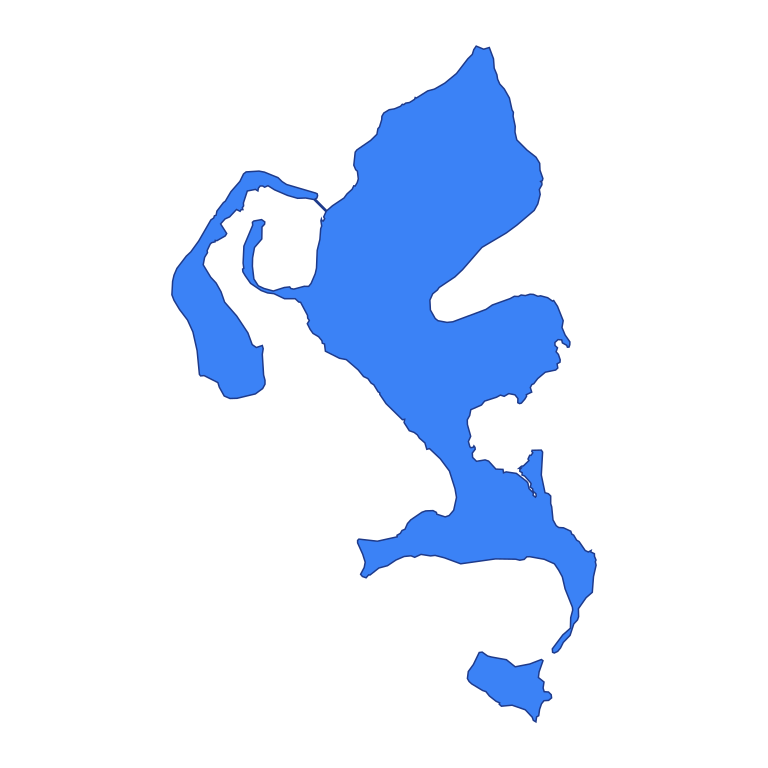 the district of Pangaimotu, Vava'u, Tonga
{"feature_id": "48082658B58897341989636", "entity_name": "Pangaimotu", "entity_type": "district", "adm_level": 2, "iso_a3": "TON", "parent_name": "Tonga", "parent_adm1": "Vava'u", "projection": "albers", "projection_center": [-174.001, -18.686], "detail": "fine", "context": "isolated", "style": "filled", "palette": "blue", "viewbox_px": 768, "rotation_deg": 0, "n_neighbors": 0, "source": "geoboundaries", "source_scale": "gbopen_adm2", "svg_char_len": 6113}
<svg xmlns="http://www.w3.org/2000/svg" viewBox="0 0 768 768"><path d="M252.2,344.6L247.9,332.9L236.7,316.0L224.6,302.1L221.0,291.7L216.1,283.0L210.7,277.2L203.2,264.8L204.6,257.4L207.5,252.6L207.1,250.7L210.2,244.1L211.6,242.7L215.1,241.8L215.2,240.4L216.9,240.7L225.3,235.9L226.7,233.5L220.6,223.9L225.1,218.9L229.6,216.9L236.5,209.5L240.1,211.3L241.1,209.7L242.9,209.6L242.3,207.8L243.6,205.9L243.4,203.0L247.3,191.0L255.4,189.4L257.9,190.9L258.4,188.1L260.2,186.0L262.7,186.0L264.6,187.2L268.0,185.7L274.5,189.8L287.5,195.4L297.6,198.3L305.6,198.0L313.8,199.5L326.0,211.7L323.7,216.9L324.7,218.7L323.3,221.0L322.0,220.8L321.4,219.0L320.9,220.8L321.7,226.0L320.7,228.7L319.9,239.4L317.2,250.4L316.5,268.1L315.2,273.8L311.1,283.4L308.6,286.4L304.2,286.3L293.8,289.1L290.8,288.5L289.7,286.9L284.3,287.5L273.3,291.0L264.1,288.5L258.3,285.8L253.9,279.0L252.4,266.3L252.6,257.8L254.5,247.5L261.8,239.0L262.0,227.0L264.6,224.2L264.8,221.9L261.6,219.6L253.8,221.0L252.4,222.3L252.7,225.2L243.9,246.1L243.1,263.1L243.8,268.3L242.6,269.1L242.9,271.8L245.2,275.7L250.6,283.4L261.1,290.5L267.5,292.9L274.0,293.7L284.5,298.7L295.2,298.7L298.7,302.0L300.6,302.3L307.5,315.3L307.7,318.1L309.3,320.5L307.3,323.7L310.1,329.3L313.0,333.4L318.6,336.7L321.9,340.7L322.3,343.2L324.5,344.0L325.4,351.2L339.5,358.3L346.3,359.6L358.2,369.9L363.5,376.5L367.9,378.6L371.1,383.1L373.8,384.8L378.1,391.8L379.8,392.9L379.8,394.4L386.0,403.6L402.4,419.7L404.7,419.3L404.1,422.6L409.3,430.7L414.1,432.4L417.4,434.9L419.4,438.1L424.9,442.9L426.8,449.3L429.5,448.6L440.3,458.8L449.4,471.0L455.0,488.7L456.5,497.4L453.7,510.2L449.2,515.5L445.2,516.9L436.8,514.2L436.4,512.4L433.0,510.6L425.7,510.9L422.0,512.2L410.8,519.8L407.5,523.5L405.0,529.2L402.0,530.5L400.3,533.4L397.0,535.3L397.2,536.8L377.4,541.2L358.9,539.1L357.6,540.4L357.6,542.9L362.7,554.2L365.2,562.2L364.2,567.5L360.6,574.3L362.4,576.5L366.1,577.8L368.6,574.9L370.0,575.0L378.9,568.0L387.5,565.7L396.0,560.0L404.1,556.5L411.0,555.8L414.7,557.3L421.0,554.4L430.5,555.9L435.1,555.4L444.4,557.8L460.7,563.8L495.5,558.9L515.6,559.2L519.8,560.2L524.2,559.4L526.8,556.8L529.8,556.7L544.3,559.3L554.4,563.8L558.7,570.2L562.3,576.8L565.1,588.9L572.4,607.2L572.7,610.2L570.7,617.7L570.4,628.2L562.8,634.9L552.3,648.9L552.6,652.3L554.3,653.0L557.7,651.4L560.5,648.0L563.3,642.4L570.1,635.3L573.8,623.9L577.5,619.9L578.6,616.7L578.4,608.7L586.1,597.7L592.3,592.3L593.5,576.6L596.1,565.2L595.3,561.8L596.0,560.0L594.5,556.4L594.4,553.7L590.7,551.9L591.1,550.5L588.3,552.0L585.2,550.5L579.1,541.6L576.6,540.1L573.7,535.2L571.7,534.0L570.8,531.2L563.5,527.8L558.7,527.5L556.2,525.7L553.0,519.9L551.7,506.8L550.7,503.7L550.7,496.0L548.4,493.7L545.0,492.7L541.3,475.0L542.6,452.1L541.3,450.1L532.1,450.3L531.8,451.4L532.8,452.8L531.1,455.3L529.7,455.3L528.0,459.0L528.9,460.6L523.4,465.9L521.5,466.2L519.0,468.3L521.1,468.2L519.9,469.5L519.8,471.3L522.2,472.7L522.0,475.0L524.6,476.0L530.4,482.5L531.1,483.8L530.3,487.1L532.6,488.7L533.0,491.2L535.9,493.7L536.2,496.1L535.4,497.2L533.1,495.3L533.3,492.9L529.0,488.6L527.9,483.1L526.7,481.5L516.4,473.4L506.2,471.9L503.5,472.8L503.0,469.4L495.9,469.1L488.6,461.1L485.1,459.9L476.5,461.3L472.6,457.4L472.3,453.1L475.2,449.3L475.0,447.4L473.9,445.9L473.3,447.2L470.9,447.7L469.9,446.8L468.4,441.5L470.7,436.3L467.4,424.5L467.3,419.8L469.7,415.5L470.8,409.7L481.5,405.0L484.6,401.1L496.6,397.2L500.4,395.1L504.2,396.3L508.8,393.6L514.9,394.8L517.9,398.5L517.8,402.7L519.6,403.6L521.4,403.1L524.8,399.2L526.6,396.2L526.3,394.7L531.7,392.1L530.3,387.5L531.8,384.6L533.8,383.7L537.7,378.6L545.3,372.2L555.7,370.0L557.8,368.0L557.1,363.8L560.0,362.2L560.2,359.8L558.4,354.4L556.1,351.8L557.5,347.8L555.0,345.5L554.9,342.5L558.0,339.6L561.7,339.9L562.4,342.9L566.7,345.3L567.4,347.2L569.0,347.1L569.8,344.8L569.9,341.9L565.1,335.0L562.0,327.5L563.2,320.7L557.5,306.3L553.7,300.5L552.5,301.1L547.7,297.7L540.6,295.8L537.9,296.3L533.4,294.4L530.0,294.2L525.4,295.6L521.1,295.0L518.4,296.5L514.3,296.3L510.1,298.6L492.3,305.0L486.0,309.4L452.8,321.8L447.0,322.4L438.0,320.7L435.2,318.5L430.4,310.0L429.9,300.1L432.7,293.8L437.4,290.0L439.1,287.5L454.9,276.9L462.5,269.7L481.9,247.4L506.2,233.0L516.9,225.1L534.2,210.4L537.8,203.9L540.2,194.4L539.3,189.5L541.9,184.8L541.9,182.8L540.6,181.4L542.3,180.8L542.9,178.5L540.0,170.2L539.7,163.3L536.0,157.2L526.9,150.0L516.8,139.9L515.0,132.1L515.2,126.3L513.1,116.2L513.4,112.3L512.0,109.8L509.4,98.0L504.3,89.0L499.8,84.1L497.6,79.2L496.9,74.7L494.2,68.2L493.5,58.8L489.3,47.5L483.7,49.2L476.2,46.1L473.8,49.6L472.3,54.4L467.9,58.7L456.5,73.5L444.7,83.2L434.4,89.1L427.7,90.9L416.4,98.0L415.2,97.5L414.6,99.3L409.5,102.5L405.7,103.1L403.8,104.6L402.3,104.3L400.5,106.3L394.2,108.9L389.2,109.7L383.8,113.0L381.9,116.3L381.7,119.7L379.5,126.9L377.9,128.7L376.9,134.3L370.7,140.4L357.0,149.8L355.2,152.1L353.8,165.2L355.7,169.7L357.4,171.2L358.3,178.9L357.2,182.6L355.2,186.0L353.8,185.8L352.1,189.3L347.0,193.9L344.0,198.0L332.4,205.8L326.8,210.7L315.2,199.0L316.9,198.0L317.6,195.7L317.2,193.8L315.5,193.0L286.6,184.5L282.1,181.6L278.1,177.7L264.4,172.1L259.0,171.1L246.1,171.9L243.5,174.0L239.9,181.4L230.9,191.7L225.3,201.2L223.4,202.6L216.9,211.1L216.1,215.2L214.4,215.8L213.7,218.0L210.9,219.9L198.7,241.0L190.8,251.9L186.3,256.1L176.9,268.4L174.0,275.2L172.6,281.3L171.9,294.8L174.0,300.3L179.6,309.6L187.5,320.0L192.9,331.9L197.1,350.6L199.4,374.4L200.6,375.9L204.1,375.6L217.9,382.6L219.3,387.2L224.2,396.0L230.0,398.5L237.1,398.3L255.4,393.9L262.7,388.5L265.0,384.2L265.0,380.3L263.6,375.0L262.3,354.4L263.2,348.7L262.3,345.5L256.3,347.5L252.2,344.6ZM541.4,659.5L529.7,664.0L515.2,666.8L506.4,659.7L491.4,657.0L487.6,656.0L482.2,652.1L479.2,652.5L473.4,664.5L468.3,671.5L467.4,678.5L469.1,681.5L471.7,683.9L482.6,690.5L485.9,691.6L489.4,696.0L496.1,701.3L499.7,702.9L499.2,704.2L501.4,706.2L512.1,705.2L525.3,709.8L532.2,717.2L533.3,720.3L535.9,721.9L536.6,716.9L538.7,715.7L539.6,709.4L541.5,703.8L544.0,700.7L548.6,700.4L551.6,697.9L551.2,694.7L548.5,692.0L544.2,691.7L543.1,688.0L544.0,682.0L538.4,677.5L539.1,671.9L543.0,660.7L541.4,659.5Z" fill="#3b82f6" stroke="#1e3a8a" stroke-width="1.5"/></svg>